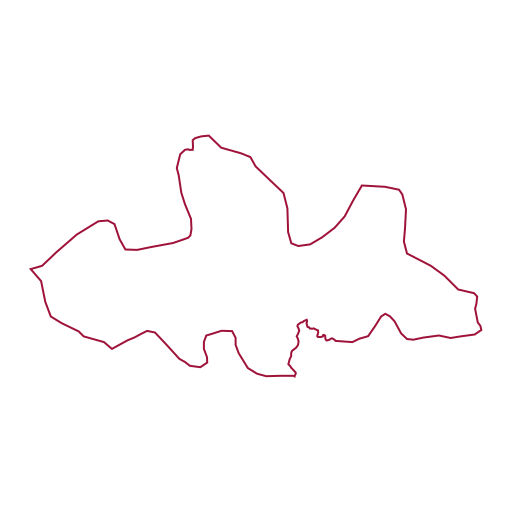 the district of Diema, Kayes, Mali
{"feature_id": "8926073B21360544825560", "entity_name": "Diema", "entity_type": "district", "adm_level": 2, "iso_a3": "MLI", "parent_name": "Mali", "parent_adm1": "Kayes", "projection": "orthographic", "projection_center": [-9.076, 14.667], "detail": "fine", "context": "isolated", "style": "outline", "palette": "rose", "viewbox_px": 512, "rotation_deg": 0, "n_neighbors": 0, "source": "geoboundaries", "source_scale": "gbopen_adm2", "svg_char_len": 2156}
<svg xmlns="http://www.w3.org/2000/svg" viewBox="0 0 512 512"><path d="M111.9,348.9L127.6,340.3L134.6,337.4L140.7,334.1L147.1,330.9L155.0,332.5L166.1,344.3L179.4,358.9L185.0,362.0L189.9,365.8L200.3,367.2L207.2,362.6L207.0,357.2L203.9,348.9L203.9,341.9L206.3,335.5L211.4,334.0L221.4,330.8L232.1,331.1L235.6,337.8L235.6,344.8L238.7,353.2L247.9,368.1L257.0,373.7L266.2,376.2L280.2,375.8L293.3,375.8L294.6,376.4L294.7,375.6L295.7,373.9L295.6,372.4L291.0,367.5L290.6,366.6L288.4,364.2L289.6,359.4L291.1,356.3L291.2,353.0L292.0,350.9L296.1,347.7L298.0,345.0L298.6,341.5L297.8,338.5L296.7,336.3L298.1,333.7L299.2,330.7L298.7,328.8L297.4,326.1L297.9,324.7L299.2,323.7L300.7,322.6L302.5,322.2L303.9,321.0L306.7,319.8L307.1,321.2L306.5,323.1L307.5,326.9L309.1,327.4L310.0,328.6L312.9,328.7L313.8,328.4L315.9,329.5L316.7,330.0L318.0,330.4L318.2,332.5L317.2,336.1L318.0,337.0L320.6,337.0L322.9,336.4L322.9,336.1L323.2,335.0L323.8,334.9L325.1,335.6L325.5,339.1L326.3,340.3L326.9,340.5L328.7,339.9L329.3,339.8L330.1,339.2L331.0,338.6L332.4,338.4L334.7,339.9L335.5,340.9L352.4,342.1L359.4,338.7L368.1,336.2L375.3,325.8L381.1,316.5L385.3,313.8L389.9,316.3L394.5,321.2L401.1,333.4L407.0,339.0L413.3,339.7L423.2,337.6L438.9,335.5L450.7,338.0L460.5,336.4L474.7,334.5L481.3,330.0L480.4,325.9L477.8,322.5L475.1,308.8L476.4,303.6L477.2,296.6L474.1,293.2L458.2,289.5L444.4,275.7L431.0,265.9L407.0,253.5L403.9,241.6L405.0,228.7L406.0,209.3L402.3,194.4L399.0,189.7L385.0,186.8L361.9,185.5L352.8,201.1L344.7,216.4L334.7,227.7L322.3,237.2L310.1,244.4L298.3,246.0L291.3,243.3L288.1,232.0L287.4,208.4L283.5,193.0L271.4,181.5L255.6,166.4L250.4,157.1L241.0,153.3L221.2,147.7L208.8,135.6L201.2,136.4L195.2,138.1L192.7,140.2L193.0,146.3L192.7,149.8L189.4,149.9L188.0,149.3L185.0,149.8L180.2,154.3L176.8,168.1L178.7,175.3L181.3,192.7L184.9,204.0L191.0,218.9L191.4,227.5L191.5,228.9L190.4,235.4L188.1,237.8L173.1,243.0L151.3,247.0L137.1,249.9L125.4,249.5L119.6,239.2L114.5,224.1L107.7,220.5L98.3,221.3L76.7,234.6L56.3,252.3L42.1,265.8L30.7,269.1L41.1,281.1L45.3,301.9L50.8,316.5L61.7,323.2L78.7,331.4L83.7,336.4L104.0,342.1L111.9,348.9Z" fill="none" stroke="#9f1239" stroke-width="2"/></svg>